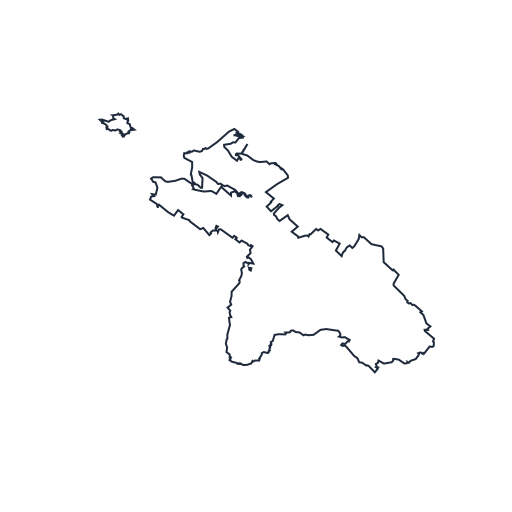 outline of Rush-Lusk Lea-5, Fingal, Ireland, rotated 205°
{"feature_id": "5873133B50398048682629", "entity_name": "Rush-Lusk Lea-5", "entity_type": "district", "adm_level": 2, "iso_a3": "IRL", "parent_name": "Ireland", "parent_adm1": "Fingal", "projection": "natural_earth1", "projection_center": [-6.207, 53.544], "detail": "fine", "context": "isolated", "style": "outline", "palette": "slate", "viewbox_px": 512, "rotation_deg": 205, "n_neighbors": 0, "source": "geoboundaries", "source_scale": "gbopen_adm2", "svg_char_len": 6111}
<svg xmlns="http://www.w3.org/2000/svg" viewBox="0 0 512 512"><g transform="rotate(205 256 256)"><path d="M146.3,317.8L156.3,315.5L166.2,318.6L168.2,317.6L171.2,318.7L170.1,314.8L171.0,306.5L172.1,304.0L175.6,305.1L177.4,302.0L177.7,297.8L178.4,297.2L178.7,294.6L178.3,292.1L185.9,294.7L185.4,302.6L192.0,303.0L192.5,301.0L193.3,301.1L199.7,302.6L199.6,306.0L209.0,307.8L210.5,305.4L212.9,305.9L215.7,298.7L216.7,298.4L216.6,295.9L217.9,296.3L220.2,295.1L225.4,290.4L226.2,291.5L233.9,293.1L230.6,300.3L241.0,303.4L244.5,306.4L249.4,297.7L252.3,298.5L254.5,300.4L257.1,300.9L257.8,302.1L255.4,309.7L253.6,313.2L256.7,313.0L257.7,311.0L257.3,310.7L261.3,302.9L267.2,305.3L264.9,311.0L265.5,311.4L264.1,315.6L274.0,318.1L267.3,330.0L260.0,340.5L261.3,342.5L267.8,345.8L270.1,346.3L270.1,345.6L268.1,345.4L269.9,345.5L271.6,346.3L273.2,347.2L277.7,347.2L277.9,347.7L276.8,348.2L277.6,348.6L281.8,346.2L282.5,344.9L286.4,346.1L292.3,342.7L295.4,342.0L298.9,341.8L306.3,343.4L311.5,342.7L312.1,343.1L311.1,353.9L312.5,342.6L316.8,340.7L317.2,339.8L316.8,338.9L314.9,339.7L309.3,337.2L310.6,337.3L310.0,336.2L313.1,338.6L313.5,334.3L320.0,335.7L325.8,339.6L330.9,341.5L331.9,343.3L326.4,347.0L324.9,349.3L322.6,350.2L321.3,355.7L318.1,357.7L318.6,358.1L318.3,358.6L324.5,356.7L325.4,357.0L327.4,355.8L325.7,357.0L321.4,358.2L323.4,358.1L319.4,359.0L319.4,359.5L322.2,359.9L326.5,358.9L324.3,360.0L325.5,360.2L324.1,360.2L324.7,361.0L329.3,362.0L333.1,357.3L339.2,343.1L344.6,333.5L345.9,332.3L347.5,332.4L347.8,331.3L349.3,330.6L349.4,328.2L351.2,326.6L356.9,325.4L358.3,323.3L360.0,323.0L359.9,321.8L361.0,322.1L361.3,320.5L362.2,320.8L362.8,319.3L364.5,318.9L363.9,316.4L362.4,314.6L353.6,314.2L351.4,309.6L349.5,302.2L348.7,302.0L343.9,295.3L342.9,296.4L341.3,295.4L339.0,295.9L334.9,294.5L333.7,295.1L337.4,304.1L341.2,306.0L342.9,308.2L334.8,308.3L323.6,306.5L320.8,305.2L319.1,306.4L317.3,306.4L316.7,306.2L316.6,304.6L316.2,306.0L313.8,306.1L312.0,307.7L302.7,307.1L297.9,304.9L296.2,307.8L292.9,308.1L288.8,305.6L288.0,306.1L288.4,307.6L287.1,308.7L286.1,308.6L284.6,307.4L287.0,308.6L288.2,307.2L287.6,305.8L288.8,305.3L291.4,306.1L293.0,307.5L295.7,307.2L296.8,304.6L296.2,305.3L295.4,305.7L295.7,306.1L295.3,305.9L295.3,305.0L297.9,304.0L297.5,303.1L296.6,304.1L296.5,303.4L295.8,303.8L296.0,303.3L297.4,303.0L296.7,302.4L298.1,303.1L298.5,302.5L298.2,303.6L299.8,305.0L302.5,305.7L305.4,302.9L304.2,300.2L316.8,303.9L318.2,295.6L323.8,296.1L330.7,292.3L339.0,290.3L341.2,290.0L340.8,290.8L343.7,293.0L342.9,294.0L353.5,295.7L356.1,294.7L361.0,290.0L367.4,285.8L370.1,285.4L375.4,287.1L382.5,283.9L383.8,281.8L380.3,279.7L378.2,280.3L374.2,276.2L372.8,269.3L376.2,268.2L373.8,267.1L376.1,265.7L375.9,262.3L367.9,261.2L365.3,258.2L366.0,259.7L365.6,261.5L354.2,258.6L347.4,257.9L346.0,264.7L339.4,263.1L339.9,259.9L339.5,259.5L331.4,260.3L330.8,259.5L317.9,256.7L315.6,259.1L307.1,255.2L306.3,257.4L307.1,258.2L305.9,260.8L303.4,262.0L303.6,262.7L301.4,262.5L300.6,261.5L300.8,264.4L299.3,265.3L285.0,262.6L284.3,265.0L281.8,264.6L281.1,264.3L281.8,262.5L276.6,261.3L275.6,263.9L269.0,263.5L267.9,262.6L265.4,262.6L265.2,263.7L263.2,263.4L264.1,259.1L262.1,256.3L264.0,251.5L263.1,250.6L262.3,251.6L259.3,251.0L255.2,248.0L259.0,246.9L259.3,245.6L259.7,246.7L261.5,245.9L262.9,246.3L264.3,244.3L263.4,242.3L262.3,241.6L263.7,238.9L263.7,237.5L261.6,234.6L260.8,231.7L261.1,226.8L260.0,226.1L259.6,224.3L263.0,213.3L261.2,209.3L260.2,203.6L257.9,201.4L260.0,197.2L256.2,195.6L256.1,193.9L254.7,191.7L252.6,190.2L254.4,188.6L250.4,182.3L248.8,172.8L247.0,169.0L247.4,168.2L246.2,163.7L243.5,160.9L242.2,156.5L238.2,155.6L237.3,153.8L236.1,153.6L236.7,152.5L235.6,152.1L236.0,150.5L233.2,150.0L227.3,151.1L227.1,150.5L224.2,151.6L224.5,152.0L221.4,151.8L218.2,153.5L214.9,156.6L214.8,159.3L214.1,159.0L212.8,160.8L208.9,162.6L209.2,164.4L209.7,164.4L209.1,168.9L209.7,170.3L208.4,172.2L204.3,173.0L203.8,174.1L204.4,174.9L203.5,176.2L204.6,177.1L204.4,178.8L205.6,179.8L205.0,180.1L205.5,180.8L204.7,181.5L205.4,182.3L204.9,182.8L206.2,184.3L204.9,186.0L205.8,192.3L202.4,194.7L196.2,197.4L196.1,198.6L197.0,199.1L193.7,200.7L192.9,201.4L192.9,202.9L191.1,204.2L187.7,203.9L184.4,205.1L179.4,204.2L178.2,205.6L175.3,206.2L170.5,208.9L166.4,216.3L161.4,219.5L149.7,223.0L146.7,221.1L146.0,219.4L146.7,218.0L143.6,218.5L141.2,220.0L135.6,219.5L135.7,217.8L136.9,217.4L138.0,214.0L140.7,213.3L141.2,211.3L139.5,211.1L137.7,212.3L135.9,212.0L124.8,206.9L121.1,206.3L117.5,203.3L114.7,204.2L109.5,203.3L108.9,204.0L107.1,203.9L99.2,200.8L98.0,205.2L99.0,205.6L98.5,206.5L100.4,206.1L100.1,207.2L101.7,208.7L100.3,210.9L100.8,213.0L94.5,212.6L88.2,217.0L87.4,219.2L88.2,220.6L87.4,221.2L82.8,222.4L76.2,221.3L74.3,222.2L73.3,223.6L73.7,224.0L72.3,223.9L71.7,226.2L67.7,230.1L66.7,235.0L66.9,236.0L67.9,236.4L66.2,238.1L63.3,237.8L63.4,238.8L62.4,238.7L60.4,247.4L58.0,248.0L56.9,249.4L58.3,253.0L59.5,253.5L59.7,256.3L71.3,259.4L72.0,260.4L69.0,261.6L69.9,262.2L68.2,265.9L73.0,266.9L79.4,273.3L83.2,274.5L82.3,275.9L90.4,278.3L92.4,278.5L93.4,277.7L96.1,278.6L97.2,277.6L99.3,277.9L99.5,279.3L102.3,280.2L105.0,282.6L118.7,287.4L119.6,289.0L118.7,299.2L125.6,301.8L125.8,300.8L126.7,300.9L137.7,304.4L143.9,316.5L146.3,317.8ZM254.6,240.6L256.2,240.7L257.3,242.4L255.1,243.0L254.6,240.6ZM303.0,266.6L303.6,264.3L304.5,264.3L304.6,266.6L303.0,266.6ZM430.2,311.3L430.7,310.1L427.0,310.4L428.5,308.7L427.2,307.9L426.3,308.4L426.0,310.8L424.2,313.0L422.3,313.8L423.7,313.4L423.9,314.5L422.1,314.2L424.0,314.7L423.4,316.6L419.6,319.1L422.4,319.7L423.4,319.0L426.3,322.2L428.7,322.0L429.2,323.3L428.9,324.5L429.9,326.1L430.1,325.4L430.9,325.9L431.0,325.2L434.0,325.0L434.8,326.6L438.4,327.4L439.5,326.1L440.9,326.9L441.7,325.3L445.1,323.1L444.5,323.1L444.8,322.7L443.5,320.5L441.9,320.3L445.0,317.7L446.3,315.4L451.3,314.8L451.2,313.9L453.3,314.6L455.1,313.5L452.2,312.5L451.7,311.5L449.2,311.9L446.8,311.4L445.8,310.3L444.6,310.9L445.9,309.2L444.9,307.9L443.5,308.6L440.3,308.2L439.0,309.7L436.7,310.2L435.0,312.2L432.3,312.6L431.0,312.1L431.5,311.3L430.2,311.3Z" fill="none" stroke="#1e293b" stroke-width="2"/></g></svg>